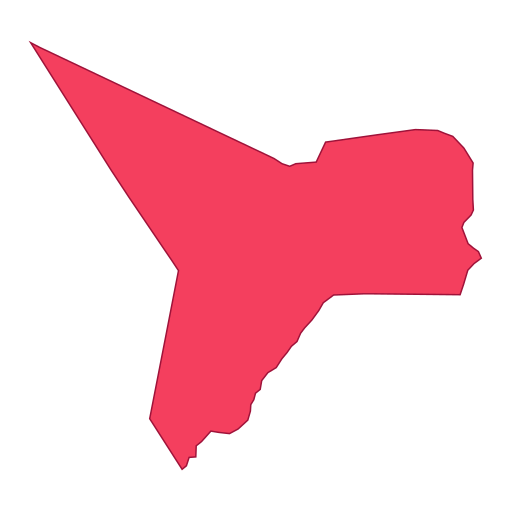 the district of Saloá, Pernambuco, Brazil
{"feature_id": "56859067B37228111715524", "entity_name": "Saloá", "entity_type": "district", "adm_level": 2, "iso_a3": "BRA", "parent_name": "Brazil", "parent_adm1": "Pernambuco", "projection": "mercator", "projection_center": [-36.716, -9.001], "detail": "fine", "context": "isolated", "style": "filled", "palette": "rose", "viewbox_px": 512, "rotation_deg": 0, "n_neighbors": 0, "source": "geoboundaries", "source_scale": "gbopen_adm2", "svg_char_len": 968}
<svg xmlns="http://www.w3.org/2000/svg" viewBox="0 0 512 512"><path d="M363.4,293.8L372.5,293.8L460.1,294.7L463.6,284.3L467.8,270.2L474.0,263.6L481.3,258.2L478.4,251.6L473.4,248.1L468.1,243.7L461.9,227.5L463.9,222.4L471.1,215.0L473.4,210.0L472.8,199.5L472.5,170.2L473.1,163.0L463.9,148.1L452.8,136.4L444.2,133.2L437.7,130.5L421.4,129.8L415.3,129.6L377.9,134.7L325.6,142.1L318.6,157.0L316.2,162.1L295.8,163.7L289.7,166.3L282.0,163.7L274.0,158.5L39.9,47.5L30.7,42.7L111.3,170.4L129.0,197.3L164.4,249.6L171.7,260.3L178.5,270.6L165.2,339.2L149.7,418.7L182.1,469.3L186.4,465.8L189.1,457.4L195.8,456.9L196.2,445.8L201.5,441.6L210.9,431.1L218.8,432.4L229.5,433.6L238.1,429.0L247.8,420.1L250.4,411.1L250.8,404.6L253.8,399.7L255.5,393.2L260.2,389.4L261.7,380.6L267.9,372.6L276.2,367.6L282.0,358.6L287.0,352.6L291.4,346.3L297.0,341.5L300.6,333.2L304.7,327.8L311.8,320.1L318.8,310.5L323.3,302.7L333.6,295.0L363.4,293.8Z" fill="#f43f5e" stroke="#9f1239" stroke-width="1.5"/></svg>